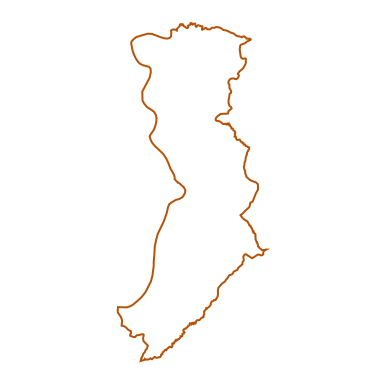 Guataquí, Cundinamarca, Colombia (Albers equal-area conic projection)
{"feature_id": "7082276B38387467100099", "entity_name": "Guataquí", "entity_type": "district", "adm_level": 2, "iso_a3": "COL", "parent_name": "Colombia", "parent_adm1": "Cundinamarca", "projection": "albers", "projection_center": [-74.774, 4.506], "detail": "fine", "context": "isolated", "style": "outline", "palette": "amber", "viewbox_px": 384, "rotation_deg": 0, "n_neighbors": 0, "source": "geoboundaries", "source_scale": "gbopen_adm2", "svg_char_len": 5987}
<svg xmlns="http://www.w3.org/2000/svg" viewBox="0 0 384 384"><path d="M250.0,38.7L246.6,38.6L245.9,37.7L244.0,36.3L243.1,36.5L242.0,37.3L241.3,36.9L237.2,36.0L236.0,35.4L233.4,33.3L231.5,33.0L230.1,32.2L226.0,30.4L223.3,30.0L221.9,28.8L219.4,27.4L216.0,27.0L214.6,27.8L212.2,27.7L210.0,29.4L207.4,29.3L206.7,28.8L206.4,28.1L205.5,27.9L202.4,29.8L202.1,29.7L201.9,29.1L202.5,26.9L202.3,26.3L200.7,26.2L198.5,25.2L197.4,25.6L196.5,26.8L195.9,26.6L195.7,26.2L195.1,23.6L194.4,23.6L192.3,24.7L192.0,24.4L192.2,23.7L191.9,23.3L191.0,23.0L190.3,23.4L190.2,24.7L188.1,25.7L187.9,26.2L188.2,27.3L187.5,28.0L186.7,28.0L184.0,26.2L182.6,24.1L182.2,24.1L181.9,25.0L181.1,24.3L180.3,24.2L179.8,24.8L179.7,26.0L176.9,29.0L177.1,30.0L176.9,30.6L175.7,29.8L173.9,29.4L172.7,29.6L171.0,30.5L171.3,32.4L171.0,36.5L169.4,38.1L167.0,38.6L164.3,38.3L160.9,37.3L151.9,33.9L147.6,33.7L136.4,37.0L133.6,39.2L131.5,41.6L131.2,43.5L132.5,50.4L134.0,54.6L135.8,58.4L137.5,61.0L139.6,63.5L143.1,65.3L148.9,66.7L150.4,68.4L150.7,70.0L150.8,72.4L149.6,77.8L142.3,91.5L142.5,100.6L144.1,103.5L147.2,107.3L151.6,109.9L154.4,112.2L155.9,115.1L156.5,117.9L156.4,121.3L155.4,125.6L154.0,129.6L151.0,133.9L149.6,136.2L150.5,139.4L152.0,142.5L155.1,146.3L159.2,150.0L163.3,154.1L166.3,158.6L168.5,163.4L170.4,168.5L173.5,173.7L174.2,175.4L174.6,177.0L174.7,179.2L177.6,182.4L177.8,182.2L179.3,183.2L183.8,187.3L185.4,190.4L185.0,192.9L183.8,195.2L182.2,197.4L179.4,198.9L175.9,199.9L171.9,202.2L169.4,204.0L168.1,206.9L166.8,212.7L163.9,221.1L157.7,234.1L156.5,238.4L154.8,246.2L154.3,255.3L153.7,261.9L153.7,266.1L152.4,275.8L150.9,281.5L145.5,292.1L141.6,297.1L137.4,301.0L132.6,305.0L129.4,306.6L126.5,307.4L118.0,307.1L117.7,310.6L117.8,312.5L120.5,316.3L121.5,318.5L122.0,320.1L122.1,321.3L121.6,325.4L121.7,325.8L123.1,325.8L125.7,327.2L128.3,329.8L130.9,331.2L131.0,333.3L130.3,334.4L130.1,335.0L130.3,335.9L133.3,336.9L134.8,337.1L135.4,336.9L136.2,335.7L137.2,335.1L138.3,335.3L140.4,334.6L142.9,334.2L143.7,334.7L143.1,338.5L143.5,341.1L147.8,345.5L146.9,348.7L145.7,349.9L144.7,352.3L143.4,353.5L142.9,355.2L142.1,356.7L141.9,357.7L141.1,358.4L141.1,359.8L140.7,361.0L144.4,359.9L144.8,358.8L146.2,359.7L149.2,359.3L150.6,358.3L151.4,359.0L152.0,359.2L154.5,357.0L155.1,357.0L155.6,357.5L156.7,357.8L160.3,357.0L161.1,355.6L161.1,354.6L161.5,354.3L162.4,354.2L162.6,352.4L163.9,351.6L165.0,349.8L165.3,349.7L166.3,350.2L167.6,348.3L168.6,347.9L169.2,346.9L170.2,346.7L171.2,347.3L171.7,347.3L172.3,346.6L172.3,345.3L172.6,344.7L172.2,343.8L172.4,343.4L172.9,343.3L173.7,343.5L174.1,343.3L174.2,342.2L175.6,341.3L175.4,340.4L175.8,339.9L176.5,339.8L177.0,340.3L177.4,340.3L178.1,339.1L179.2,338.9L180.4,337.3L180.5,336.3L181.5,336.6L182.1,336.2L182.4,335.5L182.4,333.8L183.0,333.5L183.8,333.5L184.0,332.6L184.5,332.4L183.4,330.9L183.3,330.6L183.4,329.9L184.5,328.8L186.0,328.5L186.3,327.8L187.4,327.2L188.1,325.9L189.5,325.4L189.8,323.3L190.5,323.3L191.3,324.3L191.6,323.9L192.0,322.9L192.5,322.8L192.8,323.0L193.2,324.1L193.5,324.2L193.7,322.8L194.1,322.5L194.6,322.6L194.8,323.4L195.2,323.6L195.8,323.0L196.2,321.2L197.2,320.2L199.4,320.1L201.3,318.1L202.0,317.6L203.4,317.3L203.7,316.8L203.4,316.1L203.5,315.3L204.2,314.2L204.1,311.3L205.0,310.5L205.7,309.4L206.5,309.0L206.2,308.2L207.4,308.0L209.3,306.6L210.8,304.7L210.8,303.1L211.7,301.6L213.0,301.0L214.1,300.0L215.0,300.2L215.6,300.0L216.0,299.4L216.2,298.5L217.1,297.7L217.7,296.1L218.0,293.7L217.8,290.9L218.4,287.7L222.1,283.5L225.0,281.5L225.9,279.8L227.4,278.3L229.0,275.5L229.6,275.1L231.6,274.6L232.8,273.5L233.7,271.6L237.2,269.9L237.8,269.1L238.1,268.0L238.7,267.3L242.4,264.3L242.5,262.4L243.8,260.3L243.3,256.5L244.7,254.5L245.3,254.3L246.3,254.4L247.1,255.0L247.2,255.3L248.6,255.9L250.9,257.6L252.3,258.1L254.1,257.1L257.4,254.8L258.5,254.6L259.5,254.7L260.8,255.3L262.0,255.3L262.7,254.9L263.2,254.2L263.3,252.3L263.8,251.0L266.3,249.6L265.4,249.6L264.8,250.0L261.8,250.1L261.0,249.1L259.6,248.2L258.9,247.0L258.1,246.5L258.0,245.2L257.4,243.2L256.7,242.7L256.9,241.7L256.3,241.1L255.5,239.2L255.6,237.5L255.3,235.9L255.6,235.4L255.5,234.8L255.2,233.7L254.4,233.4L254.1,232.8L253.4,232.6L253.6,231.5L252.8,231.4L252.8,230.5L252.4,230.0L252.3,229.2L251.9,228.7L251.8,228.1L251.0,227.4L250.8,226.3L250.1,226.1L249.9,225.3L249.0,224.8L248.9,224.1L247.8,222.0L247.0,221.1L243.8,219.2L242.1,217.5L240.5,215.2L242.5,213.7L244.5,211.5L249.4,207.0L250.4,202.7L252.2,201.9L252.9,201.0L255.9,193.3L258.0,189.6L257.9,184.3L257.5,183.8L255.8,182.3L251.8,180.9L249.6,179.7L246.4,176.8L246.2,175.5L245.4,173.7L245.1,172.5L245.2,171.0L244.5,169.7L243.9,167.4L243.9,166.9L244.4,164.9L244.5,162.9L245.4,160.6L245.8,157.1L246.9,154.5L246.9,153.2L247.2,152.2L248.2,150.8L248.3,150.0L249.1,148.9L249.2,147.4L247.8,147.1L247.1,146.3L245.7,146.1L245.3,144.9L245.1,144.6L243.6,144.5L243.5,143.2L242.5,143.0L242.4,142.4L242.1,142.1L240.8,141.7L239.7,139.6L239.2,139.5L237.6,140.0L236.8,139.8L236.0,138.2L235.9,137.0L234.5,136.6L235.1,135.3L234.9,134.6L235.2,134.0L234.8,133.5L235.2,132.6L234.8,131.3L233.4,130.4L233.1,129.0L232.7,128.5L232.3,128.4L231.5,128.6L231.2,127.1L230.9,126.7L230.4,126.5L229.7,124.7L228.8,124.9L228.4,124.6L228.6,123.4L227.1,123.7L227.1,124.3L226.8,124.6L224.9,123.7L224.1,124.0L223.0,123.9L222.5,123.7L221.7,122.8L220.2,121.7L218.5,121.0L216.4,120.8L215.7,120.0L215.7,118.7L216.4,117.4L218.1,115.7L219.3,115.1L219.8,114.4L220.6,114.0L224.0,113.7L225.8,113.8L228.2,113.4L228.2,112.0L228.6,111.0L231.6,108.4L231.0,107.0L229.5,105.8L228.5,103.0L228.6,99.7L229.2,97.3L229.5,94.2L230.0,93.5L230.9,93.0L231.3,91.3L229.5,88.1L229.4,84.5L228.6,83.7L228.3,82.0L229.4,79.9L231.1,78.6L233.6,78.4L235.1,79.0L236.4,79.2L237.6,78.3L238.4,77.1L238.9,75.6L238.5,74.6L237.9,74.0L237.9,73.7L239.4,71.4L241.6,69.7L243.4,67.9L245.4,64.3L245.9,62.3L245.8,58.7L245.2,58.4L242.5,58.8L241.2,57.7L240.6,56.0L239.7,49.5L240.2,45.6L240.8,44.8L244.8,43.3L246.9,41.6L250.2,40.1L250.7,39.5L250.6,39.1L250.0,38.7Z" fill="none" stroke="#b45309" stroke-width="2"/></svg>